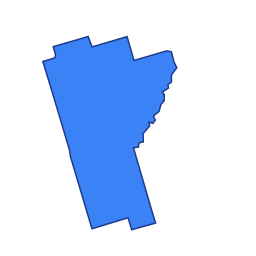 Wilcox, Alabama, United States of America, rotated 74°
{"feature_id": "52423323B73777550823735", "entity_name": "Wilcox", "entity_type": "district", "adm_level": 2, "iso_a3": "USA", "parent_name": "United States of America", "parent_adm1": "Alabama", "projection": "albers", "projection_center": [-87.327, 32.048], "detail": "fine", "context": "isolated", "style": "filled", "palette": "blue", "viewbox_px": 256, "rotation_deg": 74, "n_neighbors": 0, "source": "geoboundaries", "source_scale": "gbopen_adm2", "svg_char_len": 631}
<svg xmlns="http://www.w3.org/2000/svg" viewBox="0 0 256 256"><g transform="rotate(74 128 128)"><path d="M214.9,190.4L214.3,152.7L226.8,152.5L227.0,127.7L214.7,127.9L148.6,128.2L149.2,123.2L145.3,121.6L145.6,117.1L137.5,115.0L132.1,106.7L128.3,106.3L130.4,102.8L127.9,99.6L123.5,100.3L120.6,93.6L114.4,89.7L111.8,85.7L105.8,83.9L102.9,85.1L100.7,78.0L97.2,77.7L95.9,73.6L88.9,71.6L83.6,64.5L76.9,65.6L66.7,65.3L64.5,69.6L64.7,103.6L39.9,103.7L40.1,140.2L29.0,141.1L29.1,144.2L29.2,177.5L37.5,177.4L40.4,179.1L40.6,191.5L69.7,191.0L132.4,190.3L139.8,191.2L214.9,190.4Z" fill="#3b82f6" stroke="#1e3a8a" stroke-width="1.5"/></g></svg>